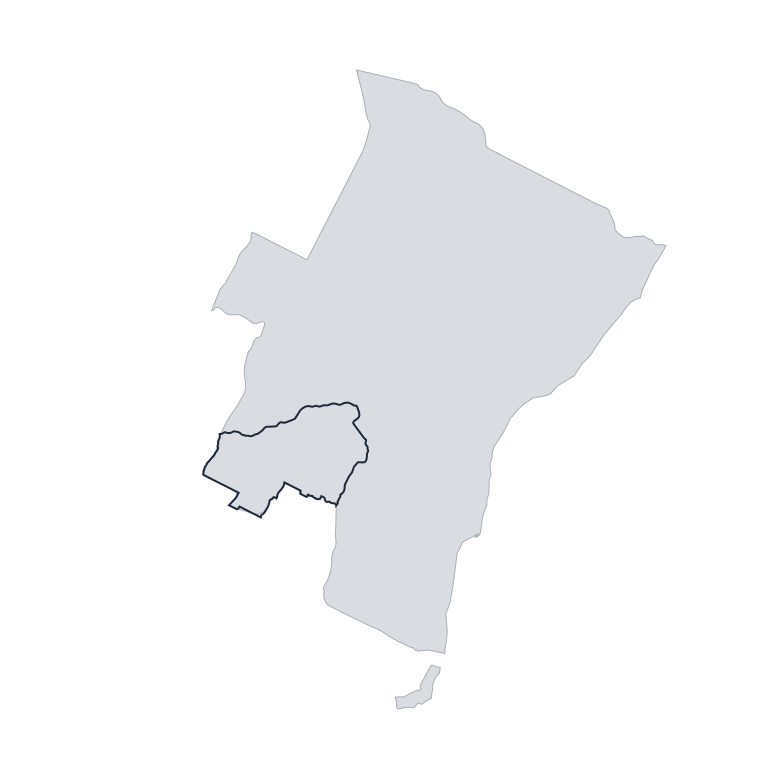 where Lunda Norte sits in Angola, rotated 207°
{"feature_id": "AGO-1874", "entity_name": "Lunda Norte", "entity_type": "Province", "adm_level": 1, "iso_a3": "AGO", "parent_name": "Angola", "parent_adm1": "", "projection": "equal_earth", "projection_center": [19.689, -8.666], "detail": "fine", "context": "in_parent", "style": "outline", "palette": "slate", "viewbox_px": 768, "rotation_deg": 207, "n_neighbors": 0, "source": "natural_earth", "source_scale": "10m", "svg_char_len": 8101}
<svg xmlns="http://www.w3.org/2000/svg" viewBox="0 0 768 768"><g transform="rotate(207 384 384)"><path d="M570.9,371.1L571.5,376.5L572.1,384.1L572.6,389.6L573.1,392.0L573.2,393.3L572.7,394.7L572.2,398.0L571.3,400.9L570.8,402.9L571.2,406.6L570.5,417.6L570.3,423.0L571.4,432.6L571.3,435.6L568.7,444.5L568.0,449.0L567.8,451.3L570.4,457.8L570.3,459.2L568.2,459.6L566.6,459.7L509.0,459.7L508.6,572.4L508.6,582.0L510.4,594.6L513.7,608.4L515.0,609.7L518.4,612.2L523.1,617.4L525.8,621.3L531.1,628.1L538.2,636.7L551.1,651.3L507.7,662.1L491.1,666.1L489.6,666.0L487.1,664.5L481.8,664.2L475.5,666.3L470.6,666.8L466.9,665.9L463.3,664.1L459.8,661.4L453.8,660.4L445.1,661.2L436.8,660.6L428.8,658.9L423.1,658.2L419.6,658.6L415.9,658.0L412.0,656.5L408.7,653.9L404.7,648.4L401.6,643.2L400.8,642.4L399.8,641.6L398.8,641.4L381.7,641.1L277.1,640.9L265.0,641.8L264.1,641.6L262.6,641.0L261.5,639.8L258.0,636.8L255.0,634.6L250.9,630.8L248.3,626.6L246.0,625.3L242.1,624.5L239.2,623.8L236.8,623.6L232.6,625.6L229.4,627.5L227.2,629.4L223.3,631.6L220.0,633.7L214.2,633.4L213.0,633.7L209.7,633.6L206.7,631.7L203.6,631.9L200.2,634.3L195.4,635.2L196.3,619.7L197.4,612.8L197.3,604.6L196.3,583.2L195.4,580.3L194.8,576.9L197.8,574.2L199.3,572.2L201.3,568.7L202.7,563.7L204.4,552.8L210.4,527.5L213.2,502.7L216.9,491.0L218.2,477.8L228.7,460.8L231.3,450.3L236.8,445.2L244.6,439.7L250.1,430.0L252.7,423.2L255.7,410.3L255.6,396.7L257.4,378.7L256.9,373.5L254.0,366.3L253.4,361.1L250.6,356.1L247.7,352.2L246.3,345.4L241.1,334.6L239.7,327.4L237.2,322.3L236.8,315.9L235.5,309.2L233.0,302.5L230.5,294.9L230.5,292.5L232.0,289.6L233.4,288.7L232.9,290.1L232.0,291.8L232.2,293.2L241.6,279.8L242.2,277.2L241.9,274.3L241.8,270.7L242.1,266.5L233.1,241.8L225.8,218.8L224.5,207.2L215.1,191.9L211.3,182.0L209.1,175.0L207.5,172.4L208.1,171.0L210.6,170.7L215.9,169.1L223.3,167.3L230.1,163.3L232.0,161.5L235.6,161.1L239.3,162.2L240.6,161.4L241.4,161.4L250.1,161.3L253.7,161.1L260.3,161.2L264.5,161.5L267.0,161.9L273.4,162.6L281.5,162.5L284.4,162.1L295.0,161.9L314.8,161.4L325.2,161.5L333.2,161.5L336.8,163.0L340.1,165.7L341.6,168.2L342.3,169.3L343.3,172.0L345.1,174.0L345.7,177.3L345.2,181.7L345.5,187.0L346.6,193.1L348.8,199.6L352.1,206.3L353.5,211.7L353.1,215.7L354.2,219.9L356.6,224.3L358.4,226.7L359.5,228.5L362.3,235.2L371.4,254.2L372.7,255.2L374.7,254.8L378.9,254.0L383.1,253.9L386.1,255.5L387.3,255.2L391.8,252.0L396.2,251.0L400.9,249.7L403.3,248.3L406.1,248.3L413.7,250.9L415.2,251.1L421.3,251.1L427.5,249.6L428.4,238.7L428.5,236.6L429.9,232.5L431.8,228.9L432.1,225.5L431.9,220.8L433.3,215.2L437.4,210.7L444.1,208.5L447.9,208.1L453.9,206.9L463.0,205.6L466.4,205.8L466.7,206.4L464.7,214.2L464.7,216.8L465.4,219.4L466.9,220.8L485.1,221.1L502.5,221.9L503.5,222.3L504.2,222.9L505.3,226.8L505.1,234.3L503.4,245.4L504.0,255.7L506.9,265.3L507.2,280.1L504.8,299.9L504.3,312.5L505.6,317.7L508.5,323.2L512.8,328.9L516.2,336.4L518.5,345.5L519.4,351.2L518.7,353.6L518.7,357.7L519.5,363.5L518.6,367.4L516.2,369.3L515.4,371.9L516.6,376.9L516.9,381.5L518.5,384.5L519.6,384.7L522.1,383.1L525.0,380.0L527.3,378.7L530.6,378.9L535.1,379.8L543.2,380.1L545.7,379.5L553.3,375.4L555.3,375.1L558.2,375.5L562.5,376.7L566.7,377.0L568.8,375.7L569.0,374.0L569.7,371.9L570.9,371.1ZM231.9,109.8L231.4,110.5L228.0,112.4L224.3,114.1L219.5,121.2L217.1,124.2L216.4,125.0L214.2,126.7L212.6,128.2L212.6,129.0L213.7,129.9L214.8,131.4L214.8,143.0L214.3,154.4L213.7,155.3L210.7,155.7L206.6,156.5L205.3,157.0L204.8,155.9L203.5,151.7L204.2,147.8L205.0,144.8L204.1,138.8L202.0,133.4L199.7,126.6L199.1,125.3L200.9,123.1L203.7,118.3L204.8,115.9L208.1,115.3L209.3,113.6L210.1,110.8L210.4,109.2L214.1,107.8L218.4,105.5L220.9,102.9L223.3,101.2L224.9,101.2L225.9,101.8L228.7,106.3L231.1,109.2L231.9,109.8Z" fill="#d9dde1" stroke="#a8b0b8" stroke-width="1"/><path d="M467.1,205.6L466.3,208.1L465.5,211.1L465.0,212.8L464.3,215.1L464.1,217.1L464.2,219.1L464.2,221.1L465.7,221.1L467.9,221.1L470.2,221.1L472.5,221.1L474.7,221.1L477.0,221.1L479.3,221.1L481.5,221.1L483.8,221.0L486.0,221.0L488.3,221.0L490.6,221.0L492.8,221.0L495.1,221.0L497.4,221.0L499.6,221.0L501.9,221.0L502.9,221.0L503.6,221.0L503.7,221.3L503.9,221.4L504.1,221.6L504.3,222.0L505.0,224.0L505.4,224.6L505.3,225.0L505.1,225.3L505.1,225.5L505.2,226.0L505.5,226.3L505.6,226.6L505.7,227.1L505.7,227.3L505.5,227.7L505.5,227.9L505.6,228.2L505.9,228.6L505.9,228.8L505.9,229.3L505.6,230.2L505.5,230.7L505.5,231.2L505.5,231.5L505.7,232.1L505.7,233.7L505.6,234.0L505.1,234.6L505.0,234.9L505.0,235.6L504.8,236.2L504.6,237.0L504.3,238.4L503.9,240.0L503.6,240.9L503.3,242.2L503.1,242.9L502.9,244.8L503.1,245.9L503.1,246.3L503.0,246.8L502.6,247.7L502.5,248.1L502.6,250.9L502.7,251.7L503.0,252.0L504.0,252.7L504.2,253.2L504.3,254.2L504.5,255.1L504.8,255.8L505.6,257.0L505.8,257.6L505.9,258.3L505.9,260.1L506.2,262.1L506.5,262.8L507.4,264.0L507.7,264.8L507.5,265.0L507.4,264.9L505.6,266.3L505.1,267.2L504.5,268.1L503.8,268.8L501.3,269.3L499.4,270.2L498.4,270.9L497.7,271.6L497.5,272.0L497.3,272.4L496.9,273.0L496.2,273.7L492.2,275.0L490.1,275.0L488.5,274.6L487.1,274.4L485.4,274.9L484.7,275.0L483.8,275.1L482.2,276.0L481.3,276.3L480.0,276.5L479.4,276.7L478.5,277.4L477.2,278.6L476.3,280.1L474.0,282.2L472.5,284.8L471.5,287.0L471.1,288.0L470.7,290.1L470.3,291.2L469.6,292.2L468.2,293.2L466.1,294.2L461.3,297.1L460.8,297.5L460.5,298.3L460.2,299.2L459.8,301.1L459.5,302.0L458.9,302.8L457.9,303.4L456.2,303.8L455.2,304.3L453.8,305.4L449.1,310.7L448.4,311.5L448.1,312.0L447.7,312.5L447.5,313.6L446.7,321.9L446.5,323.0L446.1,324.1L445.1,326.1L443.8,328.1L441.7,329.9L437.3,331.3L436.3,332.4L435.5,333.1L434.5,333.8L431.6,334.4L430.4,335.2L429.2,336.6L427.6,338.0L425.4,338.9L424.7,339.4L423.7,340.3L422.2,342.1L421.4,342.8L420.6,343.4L418.4,344.4L415.3,344.9L414.5,345.2L413.7,345.6L412.7,346.5L411.4,348.3L410.6,349.2L407.9,350.9L405.6,351.5L400.0,351.2L400.5,351.5L399.6,351.8L399.1,352.1L398.3,351.8L397.5,351.4L394.4,348.5L392.8,346.7L392.1,345.6L391.7,344.6L391.4,343.6L391.5,342.6L392.1,340.8L392.4,340.0L392.9,339.4L393.7,337.6L394.0,336.6L393.9,335.8L393.6,335.1L393.2,334.8L379.9,328.1L377.0,326.6L376.1,326.5L374.9,326.3L374.4,325.6L374.1,324.8L374.0,323.9L373.2,322.2L372.6,321.7L371.3,321.1L370.7,321.0L370.3,320.7L369.9,320.1L369.6,319.4L369.2,318.7L368.1,317.8L367.7,317.0L367.6,315.2L367.5,314.4L367.4,313.9L366.9,312.9L366.4,311.8L365.3,308.7L365.2,307.6L365.3,306.6L365.8,305.7L366.5,305.0L367.3,304.5L371.0,302.8L371.5,302.5L372.0,301.6L372.3,299.7L373.0,297.5L373.1,296.1L372.5,292.1L372.4,290.9L372.5,290.1L372.7,288.9L373.2,285.7L373.2,278.5L373.0,276.0L372.5,274.8L371.9,273.6L371.5,272.4L371.2,270.9L371.1,269.7L371.3,268.6L371.6,267.6L372.0,266.8L372.2,266.3L372.6,265.6L372.3,265.1L372.0,264.1L371.9,263.1L371.9,257.8L371.2,257.1L370.9,256.6L371.1,256.1L371.3,255.6L371.3,255.2L371.3,254.7L371.4,254.2L371.6,254.6L373.4,255.1L374.2,255.1L376.9,253.9L377.8,254.0L378.9,254.5L379.3,254.4L381.2,253.0L381.7,252.9L382.7,253.0L383.7,253.6L385.2,255.4L386.1,255.7L388.9,255.6L388.7,254.5L388.7,253.4L389.0,252.4L389.5,252.0L390.0,251.8L391.3,251.0L391.8,250.9L394.1,251.0L395.6,251.1L396.8,251.7L397.2,251.7L397.7,251.5L398.4,251.0L398.9,251.0L400.8,250.9L401.0,251.0L401.6,250.9L401.4,249.4L401.5,248.5L401.9,248.2L404.1,248.2L406.5,248.2L408.8,248.2L409.0,248.4L409.2,249.6L409.4,250.1L409.9,251.1L411.2,251.1L415.2,251.1L419.2,251.1L423.1,251.1L427.1,251.1L428.0,251.1L427.3,247.9L427.2,246.8L427.3,245.5L427.7,243.5L428.0,242.3L428.6,239.7L428.8,238.6L428.7,237.6L428.5,236.5L428.2,235.4L427.9,234.3L428.0,233.2L430.1,233.4L430.7,233.2L431.2,232.6L431.5,231.0L431.9,230.2L432.0,230.2L432.9,229.2L432.9,227.9L432.1,225.1L431.8,223.7L431.7,222.4L432.1,215.6L432.4,214.2L432.7,213.4L433.6,212.0L433.8,211.3L433.7,210.9L433.1,209.2L434.8,209.2L436.1,209.2L437.4,209.2L438.7,209.2L440.0,209.2L441.3,209.2L442.6,209.2L443.9,209.2L445.2,209.2L446.5,209.2L446.9,209.2L447.8,209.2L449.1,209.2L450.5,209.2L451.8,209.2L453.1,209.2L454.4,209.2L455.7,209.2L457.2,209.2L457.2,208.6L457.3,207.2L457.5,206.6L457.7,206.0L458.0,205.7L458.3,205.6L460.0,205.6L462.6,205.6L465.3,205.6L467.1,205.6Z" fill="none" stroke="#1e293b" stroke-width="2"/></g></svg>